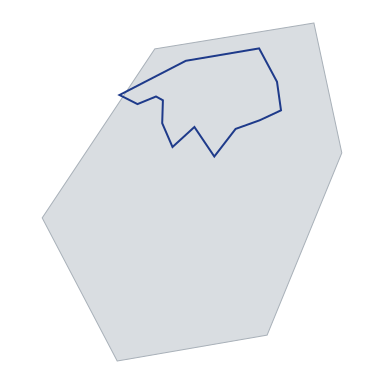 Serravalle on a map of San Marino (orthographic projection)
{"feature_id": "SMR-4886", "entity_name": "Serravalle", "entity_type": "state/province", "adm_level": 1, "iso_a3": "SMR", "parent_name": "San Marino", "parent_adm1": "", "projection": "orthographic", "projection_center": [12.461, 43.967], "detail": "fine", "context": "in_parent", "style": "outline", "palette": "blue", "viewbox_px": 384, "rotation_deg": 0, "n_neighbors": 0, "source": "natural_earth", "source_scale": "10m", "svg_char_len": 444}
<svg xmlns="http://www.w3.org/2000/svg" viewBox="0 0 384 384"><path d="M267.1,335.1L117.2,361.0L42.2,217.9L154.8,48.9L313.9,23.0L341.8,152.9L267.1,335.1Z" fill="#d9dde1" stroke="#a8b0b8" stroke-width="1"/><path d="M259.1,48.4L277.0,81.8L281.0,110.3L259.6,120.3L235.6,128.9L214.3,156.5L194.4,127.0L172.5,147.0L162.2,123.2L162.9,100.3L156.0,96.5L137.5,104.1L119.5,95.0L185.8,60.8L259.1,48.4Z" fill="none" stroke="#1e3a8a" stroke-width="2"/></svg>